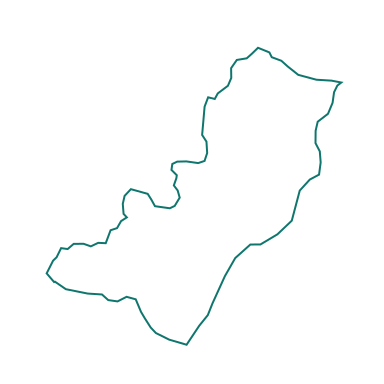 Kalmar, Kalmar, Sweden (orthographic projection), rotated 8°
{"feature_id": "70781695B81651026792808", "entity_name": "Kalmar", "entity_type": "district", "adm_level": 2, "iso_a3": "SWE", "parent_name": "Sweden", "parent_adm1": "Kalmar", "projection": "orthographic", "projection_center": [16.122, 56.719], "detail": "fine", "context": "isolated", "style": "outline", "palette": "teal", "viewbox_px": 384, "rotation_deg": 8, "n_neighbors": 0, "source": "geoboundaries", "source_scale": "gbopen_adm2", "svg_char_len": 1281}
<svg xmlns="http://www.w3.org/2000/svg" viewBox="0 0 384 384"><g transform="rotate(8 192 192)"><path d="M207.9,344.0L208.5,342.7L217.8,323.4L224.8,311.7L227.8,299.4L236.3,270.7L244.0,251.4L257.1,235.9L267.1,234.4L282.5,222.0L294.8,206.5L298.5,175.6L306.9,163.3L315.4,157.1L315.3,144.8L312.9,134.0L307.5,126.4L305.9,114.1L306.7,104.9L315.8,95.6L318.8,84.1L318.8,73.4L321.1,66.4L324.6,62.8L314.7,62.3L299.6,63.5L280.9,61.2L269.2,54.3L262.2,49.6L252.2,47.4L249.2,43.0L237.3,40.0L236.6,40.9L232.1,46.7L227.6,52.0L218.0,55.0L213.5,63.9L215.0,73.6L212.8,81.8L209.8,84.8L203.8,90.8L201.6,96.7L194.8,96.0L192.6,105.7L194.1,134.1L199.3,140.1L201.6,151.3L200.1,159.5L194.1,162.5L182.1,162.5L173.1,164.0L168.6,167.0L168.6,173.0L174.6,177.5L174.6,180.5L173.1,188.0L177.6,192.5L180.6,199.3L176.8,208.2L172.3,211.2L157.3,211.2L152.8,205.2L148.4,200.0L131.1,197.7L125.8,205.2L125.1,213.4L127.3,223.2L131.0,226.2L125.8,230.7L122.8,238.2L116.7,241.2L113.7,254.7L106.2,255.4L99.4,259.9L91.9,258.4L82.1,259.8L76.8,265.8L70.2,265.8L67.0,275.5L64.0,279.3L59.4,292.8L68.0,300.4L68.8,299.9L80.6,305.8L102.9,307.1L117.1,306.0L124.1,310.7L133.5,310.7L141.8,304.9L151.2,306.1L158.2,317.8L162.9,323.7L170.0,332.0L175.9,336.7L190.0,341.4L207.9,344.0Z" fill="none" stroke="#0f766e" stroke-width="2"/></g></svg>